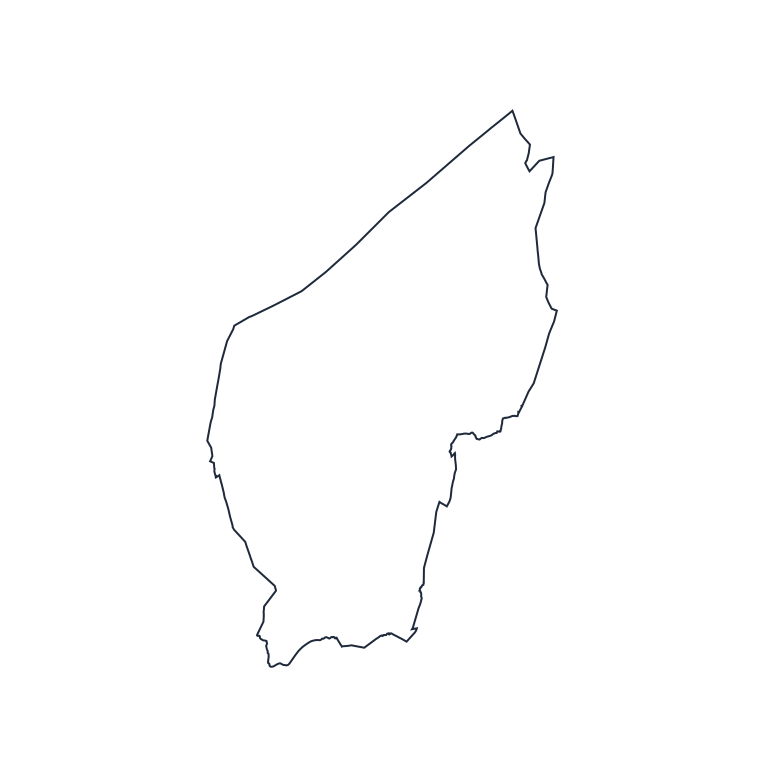 Nes nor, Buskerud, Norway (Natural Earth projection), rotated 122°
{"feature_id": "86288312B23608976115217", "entity_name": "Nes nor", "entity_type": "district", "adm_level": 2, "iso_a3": "NOR", "parent_name": "Norway", "parent_adm1": "Buskerud", "projection": "natural_earth1", "projection_center": [9.142, 60.547], "detail": "fine", "context": "isolated", "style": "outline", "palette": "slate", "viewbox_px": 768, "rotation_deg": 122, "n_neighbors": 0, "source": "geoboundaries", "source_scale": "gbopen_adm2", "svg_char_len": 6078}
<svg xmlns="http://www.w3.org/2000/svg" viewBox="0 0 768 768"><g transform="rotate(122 384 384)"><path d="M664.3,358.6L664.5,358.3L664.6,357.9L664.2,357.3L664.0,356.8L663.6,356.3L663.7,355.8L664.3,355.2L665.0,354.7L665.4,353.9L665.5,353.0L665.4,352.4L665.5,352.0L665.4,350.6L665.0,349.7L664.5,348.8L664.5,348.2L664.3,347.6L664.3,347.3L665.1,346.7L665.9,345.8L666.2,345.6L667.8,345.3L668.5,345.2L668.8,345.0L669.9,343.8L670.9,342.9L671.8,341.6L672.3,340.9L673.1,340.6L673.5,340.3L673.8,339.9L673.9,339.1L675.1,338.2L675.9,337.5L676.4,337.4L677.5,336.7L679.1,336.1L680.5,335.3L681.1,335.2L681.5,334.8L681.8,334.3L682.1,334.1L682.0,333.2L683.1,332.0L683.5,331.8L683.7,331.5L683.8,330.7L683.8,330.2L683.2,329.3L682.3,328.3L680.8,327.4L678.9,326.5L676.6,324.9L676.1,324.3L675.7,323.6L675.8,323.0L675.6,320.5L674.6,318.5L674.4,317.7L673.7,317.0L672.8,316.4L671.5,316.1L670.4,316.0L660.7,315.5L655.6,315.0L652.7,314.4L650.1,313.7L647.0,312.5L643.2,310.8L640.8,309.5L639.0,307.9L637.3,306.1L635.8,303.7L635.4,302.8L635.1,302.5L634.7,302.2L634.0,301.8L632.7,301.5L632.5,301.3L632.5,301.0L632.2,300.5L631.8,300.2L630.3,299.7L629.7,299.3L629.4,299.0L629.2,298.5L628.9,296.4L628.9,295.8L628.9,295.6L628.6,295.4L628.1,295.0L626.8,294.6L626.4,294.4L626.2,294.3L626.0,293.9L625.9,293.3L625.8,293.1L625.3,292.8L625.1,292.4L625.1,292.0L625.1,291.7L625.3,291.5L625.4,291.3L625.6,290.9L625.6,290.6L625.5,290.4L624.6,290.1L624.3,289.8L624.5,289.5L624.6,289.1L624.7,288.9L625.0,288.7L627.7,283.2L628.1,282.7L628.2,282.2L628.4,281.8L628.6,280.9L628.9,280.6L628.7,280.5L628.4,280.1L625.4,276.1L622.7,272.9L622.0,270.9L618.1,261.0L604.6,255.7L601.2,254.1L600.4,254.0L599.5,253.3L598.6,252.9L598.5,252.7L598.4,252.5L598.5,251.8L598.4,251.6L598.2,251.5L597.6,251.5L597.0,251.2L596.9,250.8L596.3,250.3L596.1,249.6L595.8,249.2L594.1,249.0L593.5,248.4L593.2,248.3L593.0,247.9L592.9,247.7L593.2,247.7L593.4,247.4L593.6,247.4L593.7,247.2L593.7,246.9L593.1,246.5L592.6,246.7L592.2,246.5L592.1,246.3L591.9,246.0L591.8,245.8L591.7,245.8L591.6,245.6L591.5,243.1L591.4,241.7L591.3,241.1L591.2,239.3L591.1,238.8L591.1,237.8L590.8,234.6L590.8,233.7L590.7,232.8L590.5,228.3L578.5,226.2L577.1,226.1L575.2,226.3L573.8,226.7L577.1,230.3L576.0,230.3L574.9,230.5L556.1,235.8L551.3,236.7L545.8,238.4L545.6,238.8L545.0,239.2L544.7,239.5L544.4,240.0L542.7,240.9L541.5,241.9L541.1,242.4L541.1,243.1L540.6,243.3L540.2,244.2L540.3,244.4L539.7,244.4L539.5,244.6L539.1,244.8L539.0,245.0L538.9,245.1L538.6,245.1L538.3,245.0L537.9,245.2L537.7,245.1L537.0,245.2L536.8,244.8L536.5,244.7L535.0,244.9L534.5,244.9L533.8,244.6L533.7,244.3L533.5,244.2L531.8,244.8L531.5,244.9L531.4,245.2L531.1,245.2L518.9,252.6L506.3,256.5L483.8,263.0L464.7,271.9L454.6,274.5L454.7,271.6L454.5,269.3L454.5,265.9L449.3,266.2L445.7,267.0L442.9,268.3L438.6,270.4L436.7,271.4L434.4,272.2L431.3,273.4L428.8,274.2L427.3,274.5L424.4,275.9L422.0,276.8L418.1,277.7L414.6,280.2L409.9,284.0L409.0,284.5L408.6,284.8L408.2,285.2L407.3,285.6L405.8,286.5L405.0,287.3L408.5,287.9L409.7,288.3L408.9,289.0L407.2,290.9L406.8,291.1L406.8,291.3L406.9,292.0L406.5,292.6L406.2,292.7L405.1,292.6L404.8,292.6L404.4,292.6L404.2,292.5L403.5,292.7L403.2,292.9L402.8,292.9L402.4,293.1L402.1,293.4L401.6,293.7L401.0,293.8L400.8,294.0L400.7,294.3L400.2,294.6L400.0,294.9L399.8,295.0L398.6,295.1L398.2,295.0L397.6,294.7L397.0,294.6L396.2,294.7L395.7,294.7L395.2,294.8L395.0,294.7L393.2,294.7L391.2,294.6L390.1,294.8L389.8,294.7L389.2,295.0L387.8,295.2L387.3,294.1L386.3,292.7L384.8,290.9L383.9,290.1L382.8,288.6L382.6,288.1L382.3,287.7L382.0,286.7L381.4,285.8L381.3,285.6L381.3,285.3L381.1,285.1L380.8,284.8L379.1,284.1L378.8,283.9L378.4,283.3L378.4,282.8L378.4,282.5L378.8,281.7L379.3,279.4L379.3,279.2L380.2,278.5L380.4,277.9L381.2,277.0L381.4,276.3L381.0,275.6L381.0,275.0L380.9,274.6L380.4,273.5L379.1,273.1L377.8,272.4L377.5,271.9L377.4,271.4L377.2,271.0L376.6,270.4L374.1,268.7L372.4,267.1L370.9,265.9L370.3,265.6L368.7,265.0L367.9,264.6L366.4,263.4L365.8,262.5L364.1,262.8L363.6,261.6L363.3,261.3L363.2,260.9L362.6,260.9L362.2,260.7L362.6,260.8L363.0,260.6L363.0,260.4L362.6,260.1L359.9,261.0L356.9,262.3L354.9,262.9L353.0,264.0L350.3,264.9L348.8,263.6L348.3,263.3L348.2,263.1L348.2,262.7L347.0,261.5L345.8,260.2L344.6,259.3L344.3,259.2L344.0,258.8L343.3,258.4L343.0,258.1L342.5,257.4L342.3,256.9L341.7,256.3L341.4,255.2L341.0,254.5L340.9,254.2L340.5,253.8L338.0,254.4L336.5,255.3L336.3,254.5L334.9,254.7L329.8,255.1L329.8,255.8L329.7,255.9L329.4,255.8L329.1,255.5L329.0,255.3L329.0,255.2L313.8,257.4L304.1,257.4L267.4,266.7L253.8,270.7L253.5,270.7L251.6,271.1L240.9,272.9L230.2,276.3L231.3,281.7L227.8,287.6L224.2,292.6L213.2,297.8L211.9,300.4L211.4,301.1L209.5,304.4L207.5,308.3L206.5,309.3L203.4,313.1L200.0,316.3L194.3,320.6L189.2,324.6L186.5,326.6L171.5,338.1L145.5,343.9L135.7,348.6L124.7,351.0L119.5,351.9L116.4,352.6L111.6,355.1L101.7,360.5L112.4,370.6L126.5,373.3L124.4,377.1L121.9,381.2L121.6,381.3L121.1,381.3L120.7,381.5L120.2,381.4L119.7,381.5L118.6,381.3L115.9,382.2L112.0,383.4L103.6,387.1L101.3,395.0L99.3,401.0L86.5,416.9L84.2,419.9L87.6,421.0L102.9,426.3L109.9,428.8L115.1,430.5L136.7,437.9L191.0,454.6L235.6,471.0L280.5,481.4L288.9,483.8L319.9,492.7L349.0,503.1L377.1,519.9L396.6,532.2L398.6,533.8L413.9,541.9L417.4,540.9L430.7,539.8L453.4,533.1L458.1,530.8L469.4,526.2L472.0,525.2L486.9,519.2L490.8,517.1L492.3,516.3L496.6,515.0L497.4,514.6L500.3,513.4L502.9,512.2L508.3,510.7L509.9,510.1L525.8,503.8L529.6,496.8L535.5,491.8L536.1,491.3L541.7,490.5L541.1,486.4L544.4,484.0L545.2,483.4L545.7,482.7L546.7,482.3L547.8,481.7L548.9,480.7L551.2,478.1L551.8,477.6L551.4,477.4L552.1,476.9L548.6,475.3L550.8,473.1L551.9,471.8L553.4,470.4L555.2,468.3L556.6,466.9L560.2,463.2L561.8,461.6L562.4,461.2L565.0,458.7L567.1,455.9L572.5,449.8L578.5,443.8L584.4,437.3L585.6,436.5L587.0,434.0L591.4,418.0L594.6,414.3L595.1,413.6L600.9,406.4L601.9,405.3L603.4,403.3L608.1,397.6L613.1,369.7L616.1,366.4L616.5,366.1L617.0,366.1L636.1,367.8L641.8,364.9L642.6,364.1L643.8,363.5L644.8,362.8L649.4,360.3L661.2,359.0L664.3,358.6Z" fill="none" stroke="#1e293b" stroke-width="2"/></g></svg>